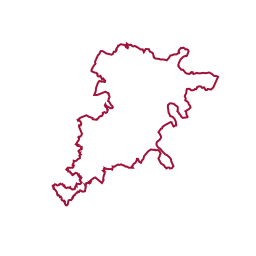 Chiconquiaco, Veracruz, Mexico, rotated 116°
{"feature_id": "50627088B84819198582198", "entity_name": "Chiconquiaco", "entity_type": "district", "adm_level": 2, "iso_a3": "MEX", "parent_name": "Mexico", "parent_adm1": "Veracruz", "projection": "orthographic", "projection_center": [-96.756, 19.758], "detail": "fine", "context": "isolated", "style": "outline", "palette": "rose", "viewbox_px": 256, "rotation_deg": 116, "n_neighbors": 0, "source": "geoboundaries", "source_scale": "gbopen_adm2", "svg_char_len": 5851}
<svg xmlns="http://www.w3.org/2000/svg" viewBox="0 0 256 256"><g transform="rotate(116 128 128)"><path d="M75.5,186.9L82.9,186.7L84.5,185.4L87.0,186.1L91.5,186.3L92.7,185.9L93.0,184.3L92.7,181.7L92.3,180.8L92.5,179.9L92.9,178.9L93.7,178.9L94.5,178.2L94.7,177.4L94.2,176.3L93.2,175.6L95.6,172.7L94.4,172.1L95.7,169.1L96.5,168.9L97.0,169.4L97.0,170.5L97.9,172.0L98.3,174.4L100.8,174.8L105.7,174.3L109.3,173.1L113.1,172.8L111.7,170.0L105.7,164.6L105.2,163.9L105.5,162.9L105.2,161.1L105.6,160.3L106.4,160.2L107.3,158.9L108.2,158.2L109.8,158.3L110.2,158.0L112.5,157.7L112.7,156.4L114.6,153.6L115.2,151.6L116.1,150.7L116.9,150.8L117.9,152.4L117.6,157.4L116.5,158.7L117.9,158.7L118.7,157.6L119.1,155.5L120.2,155.1L120.5,154.1L123.0,153.8L124.2,154.5L124.0,156.0L125.1,157.1L125.7,157.3L126.1,156.7L127.9,156.6L128.8,156.9L129.0,157.7L130.6,158.7L132.9,159.2L133.4,159.7L134.0,159.5L134.5,160.2L135.6,163.6L134.5,164.3L135.1,167.9L134.8,170.9L139.5,175.2L140.6,175.8L141.0,175.6L142.7,176.9L143.4,176.1L142.6,175.2L143.1,173.5L144.7,171.8L146.4,171.7L146.9,173.1L148.1,172.8L153.4,166.8L155.4,166.7L156.9,167.4L157.4,168.5L158.1,168.6L158.6,167.5L160.1,167.0L165.3,167.7L165.0,166.2L165.7,166.8L166.2,165.5L165.4,162.8L165.4,161.2L166.6,161.1L166.9,160.4L167.6,160.6L167.6,161.1L167.9,161.0L169.1,162.0L170.5,162.4L171.5,160.9L171.0,160.2L172.0,160.1L172.5,158.8L174.0,159.7L175.1,158.4L176.4,158.1L178.1,159.5L180.1,160.1L181.2,161.4L181.3,162.4L182.9,161.6L185.3,161.7L185.9,161.3L185.5,160.2L187.5,160.0L188.2,160.7L190.1,164.7L192.4,165.2L192.6,164.0L192.0,163.6L193.3,162.7L192.5,161.3L193.5,160.1L193.4,159.4L193.8,159.1L194.0,158.1L194.6,157.6L194.6,157.0L193.9,156.6L193.4,157.0L192.4,155.9L191.3,155.5L191.0,153.8L191.9,152.7L191.3,151.8L192.4,151.5L192.3,150.1L192.8,150.3L192.8,149.4L193.2,149.6L193.2,148.6L193.8,149.0L194.0,148.2L195.5,148.7L195.9,148.0L196.4,148.1L197.5,145.8L199.0,146.2L199.7,146.9L199.7,147.7L200.6,149.0L200.5,149.6L202.0,149.2L202.1,148.7L202.1,149.2L202.6,148.9L202.4,149.5L203.8,149.7L206.3,149.1L207.7,151.1L207.4,151.7L207.4,153.6L206.5,154.1L207.8,155.3L208.0,156.2L209.0,157.0L209.0,158.4L208.3,159.0L208.5,160.1L207.6,160.3L208.0,161.0L207.2,162.2L207.5,162.3L207.9,163.4L207.7,164.4L208.7,165.0L209.3,164.9L210.3,165.8L210.7,166.7L210.4,167.4L210.6,169.0L211.9,169.2L212.2,170.0L213.1,170.3L213.5,169.1L214.4,168.3L214.5,168.8L215.4,168.1L215.3,166.6L216.9,163.8L219.0,162.3L219.3,161.5L218.7,161.2L219.0,160.1L220.0,159.0L219.2,158.2L220.0,157.1L221.6,156.3L221.9,155.1L221.6,154.4L222.4,152.8L221.6,152.8L221.8,152.4L223.6,151.6L224.6,150.1L224.6,149.5L224.2,149.0L223.1,148.7L219.1,149.7L218.1,148.6L217.7,147.5L214.8,146.9L214.7,147.5L212.5,147.2L212.5,146.9L211.2,146.3L209.9,146.3L208.2,145.1L207.5,145.4L207.0,145.1L207.0,144.0L205.0,143.7L205.1,140.7L203.7,139.0L199.7,140.1L198.8,140.9L198.5,140.6L197.9,141.5L197.9,141.2L197.5,141.4L197.0,141.1L196.1,141.4L195.2,140.6L194.8,139.2L194.4,138.9L193.9,139.3L193.9,138.6L193.4,138.2L194.0,137.9L193.6,137.7L192.9,138.6L192.3,138.1L192.0,138.8L187.8,136.8L186.8,135.7L188.9,127.3L185.5,127.1L185.2,127.7L183.7,128.3L180.9,129.0L179.5,128.9L178.0,129.8L177.5,131.2L177.3,130.7L177.2,131.1L176.5,131.0L176.5,131.3L176.0,131.0L175.4,131.6L174.7,130.7L174.2,131.3L174.1,128.8L172.4,125.3L172.3,124.0L169.9,124.4L169.3,124.9L168.6,123.0L167.2,122.4L165.2,120.9L165.0,119.6L163.7,118.2L163.7,115.8L163.4,115.3L163.8,113.5L163.2,112.2L163.3,109.9L161.6,106.2L160.7,107.6L160.4,107.3L158.1,107.3L156.2,106.3L155.0,106.0L153.3,106.0L151.8,106.5L151.4,105.5L153.4,103.3L153.6,101.1L151.2,101.3L149.3,100.6L146.3,101.2L140.3,99.7L137.4,98.2L136.4,95.3L135.7,94.4L136.0,93.6L134.8,91.7L134.7,90.8L135.1,89.7L136.7,87.4L138.6,87.5L139.7,87.1L142.1,87.3L145.4,82.8L145.8,79.1L146.8,77.9L146.8,77.1L147.5,75.8L146.0,74.8L145.5,73.5L145.9,72.3L144.9,71.0L142.4,70.4L139.0,74.5L137.3,75.6L136.1,78.0L135.2,81.4L135.4,82.9L133.6,87.9L132.7,89.4L132.3,92.4L130.8,94.8L129.9,95.5L127.9,95.9L124.8,94.4L122.1,94.1L121.1,94.7L119.4,96.8L118.5,98.7L114.3,98.1L113.7,97.3L111.8,97.4L109.6,96.3L103.9,92.2L103.8,91.4L106.2,88.5L106.6,87.5L104.8,86.5L104.5,85.8L101.3,87.9L99.4,90.2L98.4,92.9L98.8,95.4L97.3,96.8L96.8,97.9L91.5,101.5L89.6,102.1L87.4,101.1L86.4,98.4L86.3,96.7L86.7,95.8L87.1,93.2L87.5,92.4L89.8,91.2L91.3,91.0L91.9,89.2L92.6,88.8L93.1,87.1L94.6,84.8L94.9,83.2L92.3,79.3L91.7,79.4L90.3,81.4L88.1,82.7L87.7,83.7L84.0,81.4L82.2,80.8L81.2,81.5L79.9,83.9L78.8,84.9L78.2,86.4L78.1,88.6L76.1,89.1L74.5,91.0L70.8,91.0L67.7,92.2L67.0,92.1L65.8,89.7L66.4,88.2L66.2,87.1L65.4,86.0L64.7,85.2L63.6,84.9L63.1,83.6L60.7,83.7L59.3,82.1L58.7,80.4L59.4,79.2L59.2,78.4L58.2,77.8L58.2,77.2L59.9,74.8L59.2,73.7L58.0,73.5L57.0,70.2L54.0,69.1L42.5,69.5L42.6,71.9L43.2,72.5L43.4,74.0L42.7,76.0L42.5,79.3L44.6,82.0L45.4,84.5L47.3,87.2L48.2,89.3L48.2,90.2L50.6,92.6L50.2,93.6L50.7,94.1L50.4,95.0L49.7,94.8L49.8,95.3L50.6,95.9L52.4,96.3L53.2,98.8L53.3,100.3L51.5,104.2L52.3,105.6L50.6,109.6L50.0,109.6L49.5,110.4L46.9,110.8L43.2,110.8L39.7,109.5L37.9,107.8L37.7,107.0L37.0,106.7L32.4,107.2L31.7,107.9L31.4,109.7L32.2,110.8L31.6,112.4L31.6,113.7L32.5,114.3L32.8,115.5L34.8,116.2L36.7,116.3L37.4,115.2L37.8,114.9L38.5,115.1L38.5,115.7L40.5,116.6L42.0,119.4L42.9,119.9L44.4,121.7L47.2,122.0L50.1,122.8L50.8,126.1L52.3,129.2L52.1,130.0L53.5,133.6L53.4,135.6L52.6,136.3L52.3,136.2L49.7,138.8L49.7,142.0L48.0,143.8L49.3,146.7L52.9,147.0L50.9,149.3L51.9,151.3L51.3,154.7L51.5,155.9L51.2,156.4L51.4,158.0L52.3,158.9L52.6,160.0L51.9,161.4L51.9,162.1L52.7,162.7L53.0,164.4L52.7,166.1L54.0,165.6L55.4,163.3L56.4,163.3L56.2,165.2L54.8,167.3L56.0,171.4L58.0,172.3L58.4,173.0L59.5,172.7L60.8,173.1L62.2,172.8L62.3,173.1L63.0,173.0L63.0,172.5L64.3,172.5L65.1,172.8L65.6,174.2L68.0,174.1L69.3,174.9L70.5,180.3L70.0,184.4L70.9,186.3L74.5,186.3L75.5,186.9Z" fill="none" stroke="#9f1239" stroke-width="2"/></g></svg>